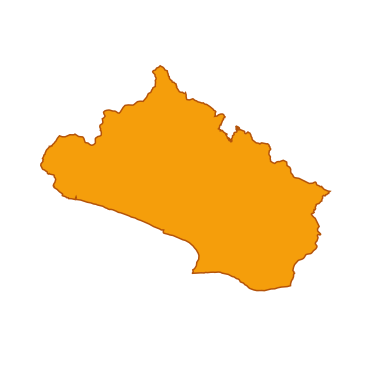 Jama, Manabi, Ecuador (Mercator projection), rotated 244°
{"feature_id": "8360857B32343432212573", "entity_name": "Jama", "entity_type": "district", "adm_level": 2, "iso_a3": "ECU", "parent_name": "Ecuador", "parent_adm1": "Manabi", "projection": "mercator", "projection_center": [-80.22, -0.215], "detail": "fine", "context": "isolated", "style": "filled", "palette": "amber", "viewbox_px": 384, "rotation_deg": 244, "n_neighbors": 0, "source": "geoboundaries", "source_scale": "gbopen_adm2", "svg_char_len": 6031}
<svg xmlns="http://www.w3.org/2000/svg" viewBox="0 0 384 384"><g transform="rotate(244 192 192)"><path d="M317.4,209.4L316.6,209.3L313.7,210.2L312.4,209.6L310.2,209.7L309.1,209.1L308.4,207.9L306.6,207.3L303.8,205.6L302.9,205.3L302.9,203.7L302.7,202.4L301.7,201.5L301.2,200.3L300.1,199.4L299.6,198.1L299.6,195.9L297.1,192.8L294.9,187.8L296.3,185.3L297.0,183.0L297.0,182.1L295.9,177.7L296.2,176.5L298.2,172.9L299.2,169.8L298.2,167.2L295.3,162.6L294.8,161.2L295.5,160.1L298.0,158.7L298.8,157.7L299.4,156.4L301.7,153.9L302.3,152.8L302.9,150.8L303.1,149.3L302.6,147.6L302.3,147.4L300.6,147.1L298.9,147.2L298.1,147.0L297.2,144.9L297.2,143.5L293.7,142.5L292.8,141.4L292.3,138.6L291.2,137.8L290.1,137.5L288.9,137.6L287.5,136.6L286.9,137.0L285.2,136.6L283.0,135.4L282.7,134.7L282.7,133.4L283.1,131.7L282.7,129.1L282.2,128.4L278.7,126.8L278.2,126.3L277.7,124.5L277.8,122.7L278.2,122.0L279.4,121.0L281.6,120.0L282.9,118.1L283.9,117.7L287.7,118.3L289.4,117.9L291.6,114.4L295.3,112.2L295.1,111.8L295.4,110.4L297.0,107.3L297.2,102.3L297.6,101.3L298.6,99.5L300.6,97.5L299.3,94.6L297.3,91.8L297.0,90.7L296.2,89.3L295.7,87.4L294.8,86.3L295.3,85.7L294.8,84.9L295.6,83.8L294.9,83.4L294.6,82.3L294.1,81.5L293.9,80.5L293.3,79.3L291.2,76.9L290.3,76.3L290.1,75.0L289.3,74.6L287.5,72.2L286.6,72.7L285.8,71.8L284.8,71.4L283.5,68.6L282.1,67.7L278.3,67.7L277.5,68.0L276.5,69.1L275.0,69.7L274.0,70.5L273.3,70.6L272.2,70.3L271.2,70.7L270.9,71.1L271.1,71.8L270.4,72.1L268.0,75.1L267.4,75.4L266.0,74.8L264.4,75.2L263.0,75.0L260.8,73.0L259.9,71.5L258.8,70.3L258.2,70.0L257.5,70.6L257.0,70.1L256.5,70.0L253.5,71.9L250.3,73.0L247.1,74.8L246.4,74.6L246.1,74.0L245.5,73.9L243.0,76.5L242.0,76.7L241.0,78.3L240.2,78.2L238.7,80.9L236.3,83.9L237.6,84.7L238.5,85.7L237.8,85.6L236.3,84.3L233.6,88.4L228.7,93.4L226.4,96.5L224.5,98.2L222.8,100.6L222.0,101.1L218.3,105.6L215.7,107.3L214.6,108.5L213.5,109.1L212.3,110.4L212.0,111.4L210.8,113.0L208.3,115.2L206.0,116.9L204.6,118.8L201.4,121.9L197.9,125.2L196.2,126.4L193.5,129.6L191.3,131.1L188.6,133.8L181.9,139.5L177.7,142.4L172.9,146.8L171.7,147.5L171.2,148.0L170.3,149.9L168.7,148.6L167.7,148.5L167.1,148.9L164.4,152.1L163.1,153.3L161.3,155.8L153.1,162.8L151.4,164.8L147.7,167.4L142.8,169.4L141.0,169.7L138.1,170.5L134.1,170.7L131.8,170.4L128.6,168.5L126.7,165.5L124.1,163.8L123.5,163.2L121.9,160.6L121.7,158.6L119.8,158.1L118.9,156.8L118.7,156.8L115.3,164.9L113.9,167.5L113.7,169.1L112.8,170.4L111.7,173.5L110.5,176.2L109.8,177.2L108.5,180.6L107.4,182.4L105.9,183.5L102.0,188.5L98.4,191.1L97.2,192.6L94.7,194.0L93.4,195.5L92.4,196.0L90.0,196.1L87.5,198.4L85.5,198.9L84.0,200.1L81.0,201.1L79.8,201.8L76.9,204.6L75.0,207.0L72.8,211.7L71.6,213.8L70.2,220.5L68.7,224.0L68.3,227.1L67.4,230.6L65.2,236.2L64.6,239.5L66.2,240.3L68.1,242.0L69.6,243.9L69.7,244.5L70.5,245.1L71.2,246.0L73.4,247.2L74.1,248.6L74.8,248.2L75.7,248.6L77.2,248.2L80.1,250.5L81.8,252.4L84.0,257.6L83.4,261.3L83.5,263.1L84.2,264.6L85.6,266.6L85.7,268.0L84.6,271.7L84.8,272.9L86.0,275.5L86.6,278.3L87.6,279.9L88.6,280.6L91.1,280.2L91.9,280.4L92.5,281.0L93.2,282.8L95.6,285.2L97.7,285.5L98.2,285.8L98.5,286.5L98.3,287.0L97.3,288.2L97.4,288.9L97.7,289.1L98.2,289.1L101.8,287.8L103.9,288.7L105.3,291.2L114.4,291.2L115.9,290.4L118.2,289.7L119.8,289.6L120.1,290.4L120.1,291.0L119.8,291.2L120.1,292.8L121.3,292.8L121.6,293.3L122.7,294.0L122.5,294.4L122.1,294.6L122.5,295.4L122.9,295.8L124.3,296.1L125.5,297.7L126.3,298.1L126.3,299.9L126.0,301.0L127.1,303.9L127.0,304.7L128.3,305.4L129.3,306.8L130.9,307.4L131.2,308.9L130.4,309.5L130.2,310.2L130.9,311.1L130.6,312.1L131.1,313.3L130.8,314.2L131.6,314.5L132.1,316.3L133.3,314.6L136.2,312.1L137.4,311.5L138.9,311.3L139.1,310.9L140.2,310.9L140.8,309.4L142.1,308.8L143.3,307.5L144.5,307.3L145.6,307.6L146.7,307.4L147.1,306.3L147.0,304.3L148.3,301.1L157.4,294.1L159.7,290.8L160.6,290.2L161.6,289.8L162.1,290.0L163.6,289.9L165.9,289.3L167.3,289.7L169.2,290.7L171.3,290.7L174.1,289.0L177.4,290.2L178.6,289.4L180.5,287.9L180.9,284.0L181.6,282.8L181.9,281.3L181.4,278.9L183.0,277.4L185.2,276.1L186.2,276.6L187.5,276.8L189.3,277.9L191.8,277.6L192.6,277.8L195.1,279.5L195.8,281.3L196.3,281.6L197.4,281.4L198.5,281.8L199.1,281.4L200.2,281.8L201.6,281.4L202.2,281.1L202.4,280.4L205.6,276.2L205.5,275.4L205.8,274.6L205.4,274.1L207.0,272.8L207.9,271.3L212.3,269.2L213.2,269.2L214.6,269.7L216.0,269.5L217.5,269.9L219.6,269.8L220.3,269.1L221.4,268.6L220.8,266.3L221.1,265.5L221.9,265.2L222.9,265.7L223.7,265.6L226.8,262.8L227.7,260.5L228.5,260.2L229.6,260.6L229.7,261.1L229.3,261.6L228.5,261.9L228.4,262.5L229.1,262.6L230.1,262.1L231.7,260.8L231.6,260.2L230.2,259.8L229.0,259.1L227.5,259.2L226.7,258.9L226.3,258.3L226.8,256.8L226.8,256.1L226.4,255.4L225.1,254.9L224.8,253.1L223.2,252.2L222.6,251.0L220.5,250.3L219.9,249.7L220.2,248.9L221.7,249.5L222.1,249.5L222.2,249.1L221.4,248.5L221.8,248.0L222.3,247.8L223.1,248.1L223.9,247.8L223.4,249.0L223.6,249.2L225.7,247.7L227.7,247.8L228.8,247.5L229.0,247.7L228.6,248.7L228.8,248.8L230.0,247.8L232.2,246.6L233.9,246.3L234.0,245.6L234.6,244.3L235.4,245.0L236.3,243.9L236.9,244.2L237.3,243.6L238.1,245.1L239.4,245.9L239.7,246.3L239.6,247.5L240.3,247.5L240.4,248.2L242.8,250.7L243.4,252.1L244.2,252.3L244.7,253.3L244.5,254.1L245.2,254.6L245.4,254.3L247.8,254.3L248.8,253.5L249.5,251.9L249.7,249.7L249.3,247.8L250.0,245.6L250.7,246.5L252.7,247.4L253.7,248.6L254.9,248.3L256.1,247.3L257.1,247.3L261.0,245.5L264.4,243.5L264.7,242.8L265.7,241.8L267.1,241.3L267.7,239.8L268.9,238.7L270.5,236.8L271.9,236.0L273.3,234.6L274.9,234.0L275.4,233.6L275.8,230.3L276.3,229.3L277.4,227.9L278.1,227.9L280.5,228.6L281.8,229.3L284.1,229.7L283.8,229.1L283.9,228.4L284.4,227.8L285.8,227.2L286.5,225.6L287.8,224.6L293.2,224.0L293.6,224.6L295.0,224.6L295.6,224.9L296.2,225.0L297.2,224.2L298.6,223.8L299.0,223.0L299.6,222.4L301.0,222.7L302.1,221.9L303.9,221.5L305.8,222.1L306.2,221.7L306.9,221.8L309.1,222.4L309.9,222.3L311.7,222.9L313.5,221.2L315.3,221.1L317.0,220.5L318.3,219.4L319.4,218.7L318.7,216.7L318.9,214.5L317.7,212.6L318.0,210.4L317.4,209.4Z" fill="#f59e0b" stroke="#b45309" stroke-width="1.5"/></g></svg>